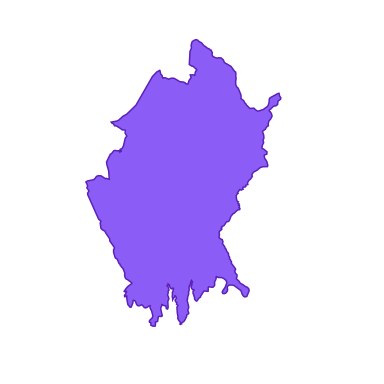 Kwahu East, Eastern, Ghana, rotated 127°
{"feature_id": "2480657B54162505201867", "entity_name": "Kwahu East", "entity_type": "district", "adm_level": 2, "iso_a3": "GHA", "parent_name": "Ghana", "parent_adm1": "Eastern", "projection": "mercator", "projection_center": [-0.802, 6.73], "detail": "fine", "context": "isolated", "style": "filled", "palette": "violet", "viewbox_px": 384, "rotation_deg": 127, "n_neighbors": 0, "source": "geoboundaries", "source_scale": "gbopen_adm2", "svg_char_len": 6074}
<svg xmlns="http://www.w3.org/2000/svg" viewBox="0 0 384 384"><g transform="rotate(127 192 192)"><path d="M117.4,292.4L123.6,293.1L156.4,289.0L169.3,291.0L173.0,292.7L178.7,293.8L180.3,294.5L184.8,298.6L185.2,297.3L184.8,295.6L185.8,293.7L184.9,292.7L184.7,291.9L184.3,287.2L184.4,285.1L183.0,283.2L182.8,282.4L185.1,281.0L186.6,277.7L189.2,277.7L196.2,274.6L199.0,274.0L201.2,275.0L201.5,274.8L201.5,273.5L202.1,273.0L203.6,273.6L203.3,274.3L202.5,274.5L202.5,274.9L203.9,276.2L205.2,278.6L206.2,279.3L210.0,279.4L210.9,280.0L219.5,278.3L221.6,276.2L225.1,271.5L231.6,265.7L232.7,268.6L233.5,269.4L233.8,274.3L235.2,276.5L237.0,277.7L239.3,277.6L241.4,278.0L246.3,282.3L247.9,282.7L249.1,280.2L250.2,278.9L251.9,278.5L253.2,274.9L255.7,274.7L256.9,273.7L269.9,250.2L270.1,247.2L272.1,246.6L275.9,242.7L276.1,240.5L275.7,238.1L276.6,236.3L278.9,229.7L280.6,228.1L283.0,220.6L283.8,220.1L285.3,219.9L287.4,218.3L290.5,214.1L290.8,213.4L290.7,211.2L293.1,207.1L293.0,206.0L293.8,205.1L293.9,203.9L294.4,203.2L294.4,201.8L295.5,199.6L297.1,197.0L299.3,195.5L300.6,193.8L301.1,192.5L300.8,190.7L300.8,185.4L301.4,185.0L305.3,186.2L307.2,186.5L309.2,186.6L310.2,186.2L311.0,186.6L312.2,186.3L312.0,185.5L311.0,184.8L311.2,184.0L312.5,184.0L313.4,183.6L314.4,183.8L315.4,183.6L315.7,183.2L315.0,183.3L315.6,182.3L314.6,182.0L314.3,181.6L317.1,179.2L320.5,175.5L321.3,172.0L320.5,171.3L316.4,172.4L314.1,173.7L313.6,173.6L313.2,171.8L315.3,168.3L315.3,166.5L314.5,165.5L312.4,164.4L312.3,163.2L313.0,160.5L312.5,159.3L311.9,158.8L308.9,157.7L308.0,157.0L309.8,155.8L311.3,152.7L314.4,148.8L316.4,148.0L319.6,148.5L320.8,148.4L321.3,148.0L321.6,147.5L321.2,146.2L323.2,144.6L322.6,142.3L321.2,140.7L319.3,141.7L318.1,143.0L316.1,141.6L312.3,143.6L311.3,143.6L309.6,141.3L308.7,141.3L304.4,146.4L303.3,147.2L300.9,147.8L300.1,148.4L299.8,148.0L299.9,147.1L298.8,144.1L300.5,142.5L300.4,141.3L299.7,141.1L298.3,141.8L293.9,145.5L291.2,146.2L289.9,147.8L289.1,149.4L286.6,150.5L285.5,151.5L284.2,151.3L282.2,153.9L281.8,155.6L280.9,155.0L279.8,155.8L279.8,154.1L280.4,153.7L281.4,152.1L281.8,150.4L281.3,149.7L280.2,149.4L280.1,148.8L282.7,147.5L284.0,147.3L285.4,146.1L287.6,144.8L288.0,144.0L289.6,142.6L288.0,142.9L286.3,142.6L285.1,143.2L284.9,142.7L285.3,142.1L285.5,141.1L286.5,140.4L288.1,140.6L289.1,139.8L289.5,138.8L289.4,137.6L290.9,136.9L291.0,135.0L293.1,134.7L297.7,130.7L299.9,128.3L301.6,127.2L302.5,125.4L302.9,123.5L303.6,122.6L304.8,122.0L304.8,121.6L303.5,120.9L302.4,121.5L300.6,120.6L298.6,120.6L294.7,121.4L293.3,122.2L291.1,121.5L290.4,122.0L288.8,124.4L286.7,124.9L285.6,125.6L281.2,131.0L279.9,131.2L278.9,132.1L275.8,133.1L273.7,134.6L271.7,135.4L270.0,137.0L269.0,137.1L268.6,137.7L267.3,137.5L264.3,139.0L262.9,139.2L263.6,137.3L264.8,137.3L266.8,135.9L267.8,135.9L268.6,135.4L269.3,134.2L269.5,132.7L268.9,131.8L269.0,131.4L270.7,131.4L272.2,130.3L274.6,126.7L276.0,125.4L276.5,124.0L276.5,122.9L275.8,122.4L272.9,122.6L271.0,122.0L269.7,122.4L264.3,122.9L263.5,122.4L262.2,120.1L261.5,119.4L259.7,120.6L259.0,121.4L257.8,121.7L255.6,118.1L255.3,117.9L253.4,117.7L253.0,117.7L250.0,119.9L247.8,120.2L245.7,121.1L245.4,121.7L244.8,121.6L244.5,119.6L242.5,116.8L242.0,114.9L242.1,111.8L242.7,110.7L243.6,109.6L245.9,108.8L248.3,108.2L252.3,108.0L253.8,107.6L254.5,106.2L253.5,104.8L252.4,104.2L250.0,104.1L248.5,104.8L247.2,106.3L245.9,106.8L245.0,106.7L243.7,106.0L242.0,103.7L241.4,102.2L241.3,94.1L241.6,93.1L243.5,90.3L244.3,87.9L243.9,86.6L242.6,85.4L242.2,85.4L236.6,86.9L235.3,88.1L234.8,90.2L235.4,93.0L235.3,95.1L235.8,98.5L234.9,100.9L234.7,104.1L233.9,104.7L232.5,105.1L231.0,106.3L230.7,108.5L229.2,110.5L227.9,110.4L227.2,111.0L225.2,117.7L223.8,118.6L223.7,119.6L223.0,120.4L222.8,121.8L221.5,122.6L220.9,124.3L219.0,126.1L218.7,128.0L217.0,130.9L217.0,131.7L216.2,132.6L214.8,136.6L213.0,137.4L211.8,139.2L212.2,140.2L212.1,143.1L209.5,144.4L208.8,145.4L207.6,146.2L207.0,146.4L204.0,145.7L203.4,146.2L203.4,146.7L202.9,146.6L202.3,147.2L202.2,147.0L200.8,146.9L199.5,146.2L195.1,146.5L193.5,145.1L192.0,145.1L187.8,146.3L184.4,146.1L183.4,145.5L179.0,144.8L177.5,143.5L177.1,143.7L176.6,143.5L176.0,144.5L176.3,144.7L176.1,145.2L175.0,145.4L173.9,146.3L174.3,147.0L173.2,147.4L173.5,148.3L172.6,149.1L172.0,149.2L172.3,149.6L171.7,151.2L169.1,153.9L168.4,154.4L166.3,154.8L165.4,154.4L165.1,155.2L162.0,155.3L161.2,155.3L160.9,153.9L159.0,152.8L158.5,153.7L157.5,154.2L155.9,152.5L155.2,152.4L154.9,152.9L154.1,153.0L152.4,151.9L151.6,152.9L150.8,153.3L148.1,153.5L146.6,153.0L143.2,153.2L142.2,154.6L139.3,154.9L135.4,153.1L131.2,152.1L129.1,150.5L126.4,147.1L125.2,147.4L122.9,150.2L121.9,152.3L121.5,154.0L119.8,156.0L118.7,156.4L116.9,155.0L114.8,156.2L114.6,160.1L114.9,162.3L114.6,162.8L112.3,163.9L109.4,164.5L107.9,166.5L105.8,166.9L103.5,168.9L101.4,171.9L100.4,172.1L97.7,171.1L95.5,171.6L93.1,170.9L91.5,172.3L88.9,173.3L86.5,173.1L83.2,173.7L81.6,175.7L80.8,177.8L81.0,178.5L80.5,179.3L79.8,179.6L78.2,179.0L75.7,178.8L73.4,177.9L72.9,176.9L70.6,176.3L67.7,178.0L64.7,177.1L63.7,177.5L63.1,178.1L62.7,179.7L60.8,181.9L61.9,182.8L69.7,186.3L71.1,186.3L74.0,184.4L77.0,183.3L78.4,183.3L83.1,184.7L87.9,188.0L88.1,190.4L87.8,193.1L90.4,196.0L89.8,200.6L89.2,202.0L89.2,203.0L88.0,205.6L87.8,209.3L86.0,210.4L84.8,211.6L81.3,217.6L81.1,219.6L80.0,221.6L77.4,223.7L74.9,225.0L73.0,226.9L71.0,228.2L69.9,229.5L70.1,230.2L68.2,236.5L69.1,244.0L67.6,246.6L67.4,249.4L68.6,251.4L70.1,252.6L71.0,255.6L71.0,257.5L70.2,258.7L68.6,259.5L67.2,262.1L67.7,262.7L67.3,264.0L67.9,266.6L67.7,269.1L68.1,270.0L67.1,274.3L67.6,276.7L67.3,278.5L67.7,280.3L69.2,281.4L71.5,282.3L73.1,282.0L75.6,280.8L77.3,279.1L81.0,278.2L91.8,270.9L91.7,268.4L91.0,266.5L91.5,261.7L94.0,261.6L97.1,260.1L97.7,261.5L99.5,263.9L101.2,261.5L104.6,261.5L108.2,260.3L109.3,262.0L108.9,263.0L109.3,264.9L111.2,268.1L111.9,274.5L113.2,276.7L115.6,278.5L116.0,278.5L116.7,281.7L117.6,283.2L118.5,283.6L118.0,285.0L117.3,285.5L116.8,286.5L116.7,287.9L115.1,289.7L114.9,290.7L114.4,290.6L114.3,291.0L117.4,292.4Z" fill="#8b5cf6" stroke="#5b21b6" stroke-width="1.5"/></g></svg>